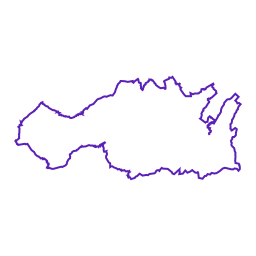 the district of Letterkenny Lea-7, Donegal, Ireland
{"feature_id": "5873133B45829912982707", "entity_name": "Letterkenny Lea-7", "entity_type": "district", "adm_level": 2, "iso_a3": "IRL", "parent_name": "Ireland", "parent_adm1": "Donegal", "projection": "orthographic", "projection_center": [-7.823, 54.956], "detail": "fine", "context": "isolated", "style": "outline", "palette": "violet", "viewbox_px": 256, "rotation_deg": 0, "n_neighbors": 0, "source": "geoboundaries", "source_scale": "gbopen_adm2", "svg_char_len": 5830}
<svg xmlns="http://www.w3.org/2000/svg" viewBox="0 0 256 256"><path d="M40.9,102.9L40.8,103.4L39.5,104.5L39.1,106.0L37.0,107.8L36.8,108.5L34.5,110.4L34.7,110.6L34.3,111.0L30.2,113.7L28.1,115.6L27.7,116.4L24.0,118.9L23.8,119.5L22.1,121.2L22.2,121.4L21.5,122.5L20.9,122.0L21.1,123.1L21.4,123.0L21.1,123.7L21.3,124.3L20.4,124.6L21.3,125.3L19.7,125.7L18.4,126.9L19.5,128.1L19.3,133.6L18.9,134.3L19.2,135.3L19.0,137.1L19.2,138.2L17.3,139.9L17.6,140.1L17.1,140.0L16.4,140.7L15.8,140.4L15.4,141.0L16.5,142.6L16.9,144.0L18.1,144.4L18.2,144.9L24.9,143.8L25.6,144.3L27.5,143.9L31.0,149.4L32.0,150.5L34.1,152.0L35.5,154.6L37.7,156.3L38.7,156.5L40.9,158.5L42.4,158.0L43.1,158.4L43.0,159.2L44.5,159.1L44.2,158.7L44.4,158.6L46.9,160.7L47.2,161.6L46.7,162.0L47.7,163.4L48.5,163.4L48.8,164.0L48.1,164.7L48.4,165.8L47.5,166.5L46.9,167.7L48.0,168.2L49.6,167.9L51.3,168.7L53.2,168.9L61.2,166.7L62.3,167.0L65.5,165.4L66.6,164.3L67.1,162.1L68.1,160.1L69.0,158.9L70.0,158.4L70.2,156.8L69.8,154.6L70.0,154.2L71.3,153.6L72.3,151.9L73.6,151.1L76.5,150.6L76.8,149.9L78.0,149.4L79.8,147.4L80.8,147.2L80.9,146.7L82.3,146.7L82.3,146.2L83.0,146.6L85.4,146.5L89.0,145.1L90.2,145.5L92.8,145.5L93.3,146.1L95.0,145.6L95.5,146.0L95.1,146.9L95.6,147.1L97.6,146.4L98.4,146.5L98.7,146.9L99.3,145.9L99.9,145.5L100.2,145.9L100.4,145.3L100.9,145.3L100.6,144.8L101.8,144.6L102.1,145.1L102.5,144.4L101.9,143.9L104.7,142.4L104.9,142.7L103.7,143.3L102.7,146.3L103.3,146.9L103.7,147.9L103.7,150.7L104.2,151.8L106.2,151.2L106.0,151.6L106.5,152.2L107.0,153.9L106.9,154.7L106.1,155.9L106.1,157.9L108.8,162.5L109.8,162.9L110.2,163.6L110.2,167.0L111.0,166.4L112.3,166.3L113.9,167.4L116.8,168.5L117.7,169.4L119.3,169.0L120.7,170.1L121.0,169.8L121.3,170.3L121.5,169.9L122.8,170.6L124.3,170.1L125.9,171.4L128.0,171.1L128.8,171.6L129.2,171.3L129.2,171.8L129.6,172.0L128.7,172.6L128.2,173.7L128.4,175.1L127.8,175.3L128.1,175.5L127.8,175.7L127.9,176.5L128.3,177.2L128.5,176.9L129.7,177.1L131.1,179.1L134.8,177.9L135.6,176.7L137.1,176.1L139.6,173.7L142.6,175.6L146.5,174.9L148.0,175.2L149.5,174.0L154.5,173.3L155.5,172.5L155.9,171.3L157.1,170.3L158.3,170.1L159.4,171.0L160.5,169.1L161.8,167.9L162.8,168.6L167.8,168.9L172.0,172.3L172.4,173.5L174.1,174.2L179.5,169.3L179.4,170.1L179.8,171.9L179.3,174.1L182.9,173.6L185.3,170.5L187.4,172.7L190.3,171.5L192.2,170.1L195.2,172.6L196.8,172.8L197.7,172.2L198.2,173.0L198.8,177.9L202.6,178.7L204.8,176.0L206.2,175.9L207.6,174.1L210.2,174.5L211.6,172.9L214.3,173.5L216.6,173.1L220.0,170.9L222.7,168.5L225.0,167.8L231.3,169.3L233.4,169.3L234.4,168.5L236.9,168.8L238.5,170.7L239.8,169.1L239.8,166.7L239.2,165.5L239.5,165.1L238.8,163.7L235.5,163.0L235.2,160.8L235.5,156.3L235.3,154.7L235.5,152.7L234.8,151.3L234.2,148.2L231.7,145.7L231.4,144.4L231.8,142.9L231.2,142.1L231.0,140.7L232.3,138.9L232.2,137.6L232.7,137.0L234.1,137.0L235.8,135.4L235.9,133.0L236.8,129.2L235.2,128.0L231.7,130.6L231.4,130.5L231.5,129.7L230.4,128.7L230.6,127.1L230.4,124.2L231.5,123.3L231.9,121.6L232.1,119.6L232.7,119.2L234.3,115.9L234.5,114.2L236.1,112.3L236.6,110.6L237.9,109.2L237.7,108.8L238.6,106.5L240.6,104.2L239.0,103.0L237.4,103.4L236.6,101.8L235.3,100.6L238.6,96.8L235.3,93.8L231.3,98.2L229.4,99.3L228.1,99.2L226.8,99.8L224.2,102.9L224.0,104.5L221.8,107.6L221.1,109.6L220.9,112.0L219.1,114.9L218.2,115.4L218.3,115.8L217.2,118.0L213.9,123.5L213.2,123.0L209.9,123.7L209.5,125.0L208.3,125.8L207.9,127.4L209.8,128.1L209.9,128.5L209.5,128.9L209.4,129.5L211.0,130.9L210.6,132.1L209.1,133.2L209.2,134.1L208.2,134.2L209.1,134.0L209.0,133.2L210.6,131.9L210.8,130.9L209.2,129.6L209.2,129.0L209.7,128.2L208.8,128.2L207.6,127.5L207.6,125.4L208.4,125.1L209.5,123.5L211.5,122.2L213.5,122.1L214.9,120.1L212.7,118.9L212.1,118.0L210.9,117.7L211.0,117.2L209.7,116.3L208.2,117.7L207.5,121.8L205.9,122.1L205.4,122.6L200.1,118.6L201.1,117.8L201.8,115.0L201.4,113.7L202.6,111.3L203.4,110.7L203.1,110.1L203.5,109.6L203.5,108.8L206.0,107.0L207.7,104.0L209.1,102.3L209.2,101.7L207.8,100.0L207.8,99.0L208.5,98.5L209.9,98.9L210.4,98.6L210.6,98.0L211.8,97.5L216.5,93.2L216.0,92.6L216.3,91.8L215.9,90.8L213.6,89.0L213.5,88.0L212.3,87.2L212.1,85.7L213.5,84.5L213.2,83.7L206.5,87.5L205.5,89.2L204.2,89.7L203.4,89.4L203.5,88.9L201.5,89.2L201.0,91.8L199.5,92.4L198.7,93.4L194.2,93.6L192.9,94.3L190.5,93.1L191.0,96.2L185.8,96.2L184.0,94.4L180.6,89.6L180.4,88.8L181.2,87.7L180.2,87.1L179.3,85.8L179.9,83.0L178.9,84.2L178.3,84.4L176.9,83.6L176.2,84.2L175.6,83.5L175.8,82.7L175.4,82.2L175.6,81.6L172.5,76.9L171.4,77.8L169.2,77.5L169.0,78.8L165.9,80.1L164.0,81.3L164.8,83.0L165.5,86.1L165.5,88.7L165.0,88.9L163.7,87.7L160.7,88.2L159.0,87.3L156.0,85.1L155.4,83.7L154.6,83.4L154.6,82.9L152.6,80.3L152.1,80.5L151.3,79.6L149.7,79.5L149.9,79.9L148.8,80.5L149.0,80.8L147.9,82.0L145.7,83.1L145.4,83.6L145.6,84.4L143.9,85.5L143.8,86.9L143.4,87.3L142.9,89.6L142.4,90.0L140.9,88.2L141.2,86.6L140.6,85.5L140.9,84.1L140.6,82.9L139.4,82.9L138.8,82.3L138.3,79.4L137.9,78.9L134.2,81.7L133.5,82.7L132.6,82.1L132.6,81.0L127.8,81.9L124.6,81.2L120.6,81.0L119.7,82.6L118.1,83.9L117.8,84.8L117.1,85.7L116.8,87.2L116.0,88.8L114.8,92.5L112.6,95.5L110.4,95.2L106.4,96.8L105.4,96.4L103.7,96.6L100.4,98.4L98.5,98.9L97.2,99.6L93.4,104.0L89.8,105.4L87.1,108.9L86.1,108.1L83.5,110.4L82.9,111.8L82.0,112.1L82.7,112.6L83.1,112.4L83.1,112.8L82.4,113.1L82.3,113.8L82.0,113.5L82.2,113.1L81.5,113.4L82.0,114.1L81.0,113.7L80.5,114.1L80.1,113.7L79.9,114.2L78.4,114.1L78.2,115.0L77.3,114.7L76.9,115.3L76.3,115.3L76.1,116.1L74.4,116.6L74.1,117.2L71.4,118.0L70.1,117.9L69.0,116.6L68.1,116.9L66.5,116.4L65.7,116.6L65.2,116.1L64.2,116.4L63.1,115.6L61.5,115.5L61.3,114.7L59.3,115.0L59.3,114.1L59.0,113.4L59.4,113.0L58.4,112.9L58.2,111.7L56.9,112.1L57.1,111.8L56.7,111.8L56.5,111.2L53.8,110.1L52.9,110.2L48.8,107.9L47.7,106.4L46.5,106.3L44.7,105.2L44.4,104.5L42.8,103.9L42.5,102.2L40.9,102.9Z" fill="none" stroke="#5b21b6" stroke-width="2"/></svg>